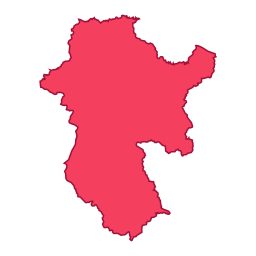 Caiapônia, Goiás, Brazil (Albers equal-area conic projection), rotated 90°
{"feature_id": "56859067B55924998063640", "entity_name": "Caiapônia", "entity_type": "district", "adm_level": 2, "iso_a3": "BRA", "parent_name": "Brazil", "parent_adm1": "Goiás", "projection": "albers", "projection_center": [-51.8, -16.976], "detail": "fine", "context": "isolated", "style": "filled", "palette": "rose", "viewbox_px": 256, "rotation_deg": 90, "n_neighbors": 0, "source": "geoboundaries", "source_scale": "gbopen_adm2", "svg_char_len": 5741}
<svg xmlns="http://www.w3.org/2000/svg" viewBox="0 0 256 256"><g transform="rotate(90 128 128)"><path d="M152.5,64.8L150.3,63.2L147.7,63.5L146.3,62.9L142.3,63.3L141.6,63.8L140.1,63.6L138.9,67.1L137.8,67.2L139.1,68.4L139.1,69.9L138.1,70.1L136.6,69.4L135.8,70.2L133.8,71.0L132.0,69.4L131.0,69.4L127.9,67.2L127.8,65.3L127.1,63.7L126.5,63.4L122.8,64.5L117.5,68.5L116.3,69.0L115.0,68.7L113.1,70.9L107.6,73.6L106.6,73.3L106.0,71.9L104.5,71.6L102.2,69.5L100.7,70.0L100.3,71.6L99.5,72.2L98.1,70.8L96.4,70.8L96.0,69.8L95.5,69.5L94.6,70.1L92.8,68.2L91.2,68.1L90.5,68.6L89.8,68.1L87.7,63.9L86.9,62.9L85.7,62.5L85.5,62.0L86.3,60.7L85.4,58.4L84.8,57.9L83.7,58.4L83.1,58.2L83.4,57.3L82.9,55.7L81.9,54.5L78.4,54.4L78.6,53.0L77.1,47.5L77.8,46.1L77.1,45.0L73.5,44.0L71.4,42.1L69.7,42.1L68.5,42.8L67.1,41.7L65.2,41.7L64.1,41.2L63.4,41.8L62.7,41.8L61.2,41.3L59.7,41.5L58.4,42.6L57.7,42.7L56.8,40.1L56.0,40.7L53.8,40.9L51.3,47.9L47.5,53.9L46.0,57.2L45.5,59.6L45.6,60.2L47.0,59.7L49.4,60.1L50.4,61.9L52.4,63.4L52.9,63.0L54.3,63.0L57.7,67.1L59.3,67.6L59.9,67.2L61.1,68.0L63.0,67.7L62.1,69.5L63.0,70.8L63.8,69.8L64.4,71.5L62.2,71.8L61.8,72.7L62.9,74.3L62.2,76.3L62.8,77.0L62.6,77.7L63.6,78.6L63.8,80.9L64.8,82.2L63.1,82.8L64.3,83.3L64.2,84.8L62.0,85.8L63.4,87.2L61.9,87.7L62.7,88.8L62.7,89.6L60.2,90.5L60.7,91.8L56.8,93.4L56.8,95.5L58.6,97.0L58.3,98.3L56.9,99.0L54.7,98.7L54.2,99.1L51.9,98.9L49.3,101.0L48.5,100.5L44.1,103.5L43.1,105.6L43.8,107.2L43.1,109.6L41.0,111.2L40.3,115.0L38.7,116.5L38.1,119.1L36.9,120.5L34.5,120.3L33.3,121.3L33.1,122.0L31.0,122.4L28.2,122.1L26.8,123.2L23.0,123.2L23.0,121.8L22.5,121.5L22.3,120.6L19.9,119.2L18.9,116.6L18.3,117.2L18.4,119.4L17.6,120.1L18.7,120.1L19.3,120.8L18.6,121.0L19.0,122.7L17.6,122.3L17.1,122.8L18.3,124.8L18.3,126.3L18.0,126.9L17.4,127.0L18.1,127.8L17.7,128.1L17.8,129.1L17.3,129.4L16.9,128.9L16.0,129.1L15.9,129.8L16.5,130.1L15.4,132.6L15.4,133.7L15.7,134.3L17.0,134.3L18.0,135.5L18.5,138.1L17.3,139.0L17.2,139.9L18.6,140.7L19.2,142.3L19.0,143.8L19.6,144.1L19.7,144.8L19.0,146.6L21.3,147.9L20.5,148.6L21.0,148.9L20.3,150.1L21.1,151.0L20.6,152.1L22.4,154.8L23.1,155.2L20.0,158.2L20.3,158.7L19.0,160.6L18.9,161.5L17.7,161.7L18.8,163.5L19.4,163.7L18.6,164.8L18.7,165.4L20.3,167.1L20.7,166.8L21.0,167.2L20.9,167.8L21.4,167.9L21.6,168.6L21.3,169.2L21.9,170.2L21.3,171.1L21.6,171.9L19.7,175.5L19.3,177.3L21.8,176.3L22.6,176.7L24.2,178.2L24.4,179.7L25.8,181.6L28.5,182.9L28.9,184.2L29.7,184.6L31.0,184.2L30.8,183.4L31.6,182.6L32.7,182.4L34.3,183.1L34.9,184.9L38.7,184.1L40.8,187.0L42.3,187.7L43.7,187.8L44.6,186.8L45.9,186.2L52.8,186.9L53.3,186.1L57.8,184.8L58.3,185.5L60.3,186.4L61.2,187.7L61.1,190.1L62.3,192.9L63.5,193.2L65.2,194.8L66.4,195.0L67.5,197.1L68.5,197.4L68.7,197.9L68.3,198.3L68.9,198.5L68.7,199.1L69.7,200.8L69.6,202.4L70.4,204.6L70.0,205.7L70.5,205.3L73.0,206.7L74.3,206.7L75.4,208.3L75.4,209.4L74.8,209.2L74.5,211.8L76.0,212.4L79.0,210.9L79.5,211.3L79.3,212.2L78.8,212.4L79.0,213.5L80.7,214.3L81.2,215.9L85.6,215.5L87.3,215.2L87.2,214.5L87.8,213.3L89.1,211.7L89.6,208.4L92.1,205.9L92.8,203.8L93.8,202.6L94.4,201.0L94.0,199.3L92.5,199.0L92.4,198.4L92.6,196.5L92.2,196.0L93.2,192.9L95.4,191.6L96.1,191.8L96.9,193.1L100.2,194.5L102.4,194.3L104.2,195.3L105.1,193.6L105.5,191.5L105.1,190.1L105.8,189.0L107.6,189.0L109.5,189.7L109.8,189.3L110.2,186.8L110.8,186.6L110.4,183.7L111.2,182.6L112.7,183.0L116.4,185.5L118.9,185.8L120.5,186.8L121.9,187.0L123.1,186.1L124.9,181.2L127.2,178.1L128.8,178.4L131.2,180.3L135.0,179.1L136.7,179.1L139.5,180.1L144.4,180.6L150.9,184.2L159.8,187.4L163.2,191.8L164.1,189.8L165.8,189.0L168.5,189.6L171.3,191.3L174.1,190.3L178.4,190.1L180.5,188.9L182.5,184.8L186.3,181.6L187.7,181.7L189.6,180.5L189.5,180.0L191.4,179.9L192.4,179.2L193.0,179.5L194.2,178.2L196.6,178.1L197.1,175.7L202.6,170.4L202.3,166.7L201.7,166.2L201.3,163.3L202.0,163.3L203.6,164.6L204.9,164.6L205.9,163.9L205.8,161.5L204.8,160.8L204.8,160.1L205.9,158.9L208.4,158.1L209.0,157.1L210.2,157.1L211.9,154.7L214.3,153.5L215.5,152.4L217.1,152.8L218.1,153.7L219.8,153.3L221.5,152.2L224.2,153.4L227.1,152.2L227.7,150.9L227.2,148.0L229.5,146.6L230.6,146.5L230.7,145.9L230.1,144.6L230.5,143.4L231.9,143.5L233.4,142.4L233.4,138.2L235.2,135.0L234.6,130.8L231.8,127.6L232.2,126.8L235.9,126.2L236.2,125.6L237.3,125.5L239.1,126.2L240.6,124.7L240.4,124.1L237.2,122.5L236.7,121.9L236.7,120.2L235.3,119.1L232.4,114.2L227.3,114.2L225.3,113.4L224.6,109.8L223.6,109.3L222.5,109.6L221.3,108.2L221.6,107.6L221.2,106.1L219.7,105.1L217.6,104.7L217.2,102.1L216.0,99.9L214.3,99.4L213.2,100.3L212.7,98.5L213.4,98.1L213.0,97.4L213.4,96.6L212.8,95.2L213.2,93.6L212.7,93.1L212.5,91.4L213.5,90.4L213.3,89.1L213.5,88.6L214.0,88.7L214.3,87.2L213.4,86.1L212.5,86.3L211.1,87.6L209.4,92.3L207.7,95.0L206.5,94.5L204.4,95.3L200.2,95.7L199.9,96.4L197.5,97.0L196.9,98.5L194.3,97.9L192.5,98.3L192.2,99.2L191.2,99.7L190.1,102.5L189.3,101.3L188.6,101.6L186.9,100.7L186.6,101.2L185.9,101.0L183.7,102.1L182.1,102.3L181.6,102.7L181.8,104.3L181.2,105.4L181.3,107.0L179.0,107.4L176.8,108.8L175.1,109.1L175.0,109.9L173.9,110.6L172.8,110.5L171.0,111.5L170.6,112.9L168.7,113.0L167.2,112.4L165.3,113.4L163.4,113.7L161.4,112.8L161.3,113.4L160.0,113.8L158.4,113.2L157.4,111.5L156.5,111.7L155.4,110.6L154.5,111.2L153.4,111.1L152.5,112.2L149.7,113.1L145.9,119.3L144.7,119.7L143.2,119.4L142.1,118.5L143.0,115.1L141.9,114.6L141.7,111.5L142.1,109.1L141.9,108.2L140.8,106.8L140.9,105.3L140.2,105.1L140.0,104.6L141.2,103.1L141.2,101.8L142.4,101.5L142.6,99.8L141.7,97.8L142.0,96.9L145.2,93.7L146.1,90.7L151.0,90.3L153.3,87.5L152.9,87.2L153.1,86.4L151.8,85.0L151.7,81.1L150.1,80.0L150.0,79.0L149.1,78.1L150.6,77.1L150.8,75.4L152.4,74.6L153.2,74.8L155.5,74.1L155.9,73.2L154.9,72.6L154.6,69.8L153.2,68.0L152.5,64.8Z" fill="#f43f5e" stroke="#9f1239" stroke-width="1.5"/></g></svg>